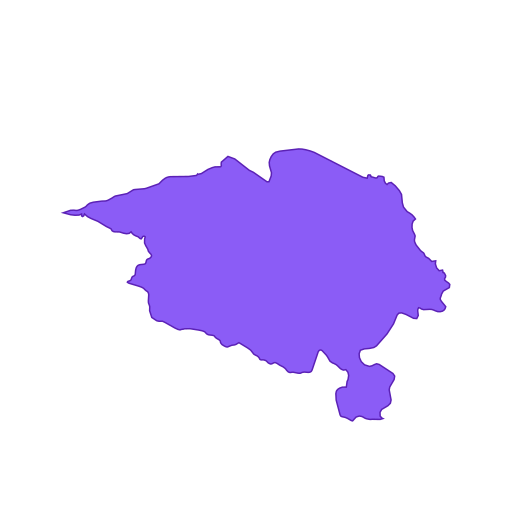 outline of Denguélé, rotated 111°
{"feature_id": "CIV-3437", "entity_name": "Denguélé", "entity_type": "Region", "adm_level": 1, "iso_a3": "CIV", "parent_name": "Ivory Coast", "parent_adm1": "", "projection": "equal_earth", "projection_center": [-7.217, 9.491], "detail": "fine", "context": "isolated", "style": "filled", "palette": "violet", "viewbox_px": 512, "rotation_deg": 111, "n_neighbors": 0, "source": "natural_earth", "source_scale": "10m", "svg_char_len": 5191}
<svg xmlns="http://www.w3.org/2000/svg" viewBox="0 0 512 512"><g transform="rotate(111 256 256)"><path d="M140.7,180.4L140.0,180.1L139.4,178.3L139.9,177.6L140.6,177.3L140.8,176.8L140.6,175.7L140.3,172.2L139.7,171.1L138.9,170.8L138.0,170.7L137.5,170.3L137.0,168.7L136.5,166.6L136.6,164.8L139.9,163.2L141.7,161.2L142.3,159.3L140.4,158.4L138.9,156.1L140.6,151.1L143.6,145.6L146.4,142.2L154.0,138.4L157.5,135.8L160.4,130.8L160.9,127.9L161.6,125.2L162.8,122.7L164.3,120.4L167.1,121.8L170.2,121.7L173.4,120.6L176.1,118.9L178.9,115.8L180.3,114.6L184.1,113.9L185.6,113.2L186.9,112.0L188.4,110.4L192.0,104.3L192.5,102.8L193.1,100.6L194.0,99.5L195.2,98.5L196.0,96.9L196.3,94.0L198.1,90.0L196.1,86.5L199.1,85.7L202.4,83.1L204.1,79.7L202.3,76.8L203.7,75.8L204.4,75.5L204.4,74.1L206.4,71.9L207.8,71.5L209.5,71.8L210.9,71.2L211.6,69.1L212.2,66.6L213.1,64.9L216.2,64.2L221.6,68.6L225.1,69.1L226.6,68.9L229.3,68.9L230.6,68.3L231.8,66.8L235.3,60.7L237.5,60.6L239.2,61.1L240.7,62.2L242.0,64.1L242.8,66.4L242.9,68.8L242.8,70.9L242.9,72.7L243.5,74.7L246.0,80.3L246.2,82.5L245.8,84.4L246.0,85.7L248.0,85.8L249.4,85.3L253.4,83.2L256.8,83.5L257.7,86.6L256.8,94.9L256.9,99.7L258.2,102.2L260.6,103.1L270.1,103.3L281.9,105.8L296.7,111.3L299.2,113.2L301.7,117.1L303.9,121.6L306.6,124.8L310.3,124.7L313.8,123.0L316.9,119.9L318.7,115.7L318.4,110.5L316.9,108.3L315.0,106.6L313.4,104.8L313.1,102.1L316.6,86.1L318.4,83.5L321.8,82.8L330.3,84.2L333.2,83.7L342.0,78.3L345.3,77.8L348.5,79.2L354.2,83.7L357.5,84.2L361.0,82.7L362.2,80.3L362.3,79.3L364.1,81.6L366.7,88.8L367.7,90.9L368.3,94.2L368.4,95.8L368.0,98.4L367.9,99.6L368.1,100.9L368.4,102.2L369.7,103.9L370.6,104.9L375.3,106.7L375.5,108.0L374.8,112.4L374.7,114.9L375.2,118.3L375.1,119.4L374.6,120.1L374.0,120.7L361.8,129.5L355.9,132.1L354.2,132.4L353.3,132.5L352.1,132.2L350.9,131.7L349.3,130.5L347.5,128.4L346.0,124.7L340.4,126.0L338.4,125.8L334.3,126.7L331.6,128.5L329.9,131.4L331.1,133.3L331.2,134.3L331.1,135.9L330.6,137.5L329.4,140.2L328.7,142.1L328.4,144.7L328.4,146.3L328.0,148.0L327.7,149.2L324.5,153.1L323.3,154.9L320.7,160.2L320.5,161.1L320.6,162.1L321.3,163.0L322.2,163.4L323.2,163.6L342.2,162.8L343.1,162.9L344.0,163.1L344.7,163.6L345.3,164.3L345.9,165.4L347.0,169.2L347.7,170.5L348.3,171.4L348.9,171.9L349.5,172.5L349.9,173.5L350.3,174.7L351.2,179.8L351.6,180.7L352.5,182.2L352.7,183.3L352.6,184.5L351.7,186.5L351.0,187.5L350.4,188.8L349.8,190.9L349.4,194.8L348.7,197.9L348.6,199.8L349.2,201.0L350.6,202.2L351.2,202.9L351.6,203.7L351.6,204.9L351.4,206.3L350.6,208.0L350.1,209.4L350.2,211.3L350.5,212.5L351.0,213.5L351.2,214.3L351.1,215.3L350.1,216.4L349.4,217.5L348.9,218.9L348.7,221.2L348.4,222.9L346.1,226.7L345.7,227.5L344.8,231.0L343.0,240.9L345.7,243.0L346.7,244.2L348.0,246.6L350.1,248.9L350.9,249.7L351.3,250.3L351.5,251.6L351.4,253.3L350.9,255.9L350.2,257.2L349.5,258.1L348.8,258.5L348.1,259.0L347.7,259.7L347.4,260.8L347.0,263.3L346.7,264.3L346.3,265.2L345.9,265.8L345.5,266.5L345.5,267.3L345.7,268.6L346.3,270.9L346.6,272.4L346.4,274.1L345.1,276.8L345.1,279.3L345.7,283.1L347.5,291.5L349.6,296.7L350.2,297.4L350.6,298.2L351.6,299.8L352.2,300.4L352.5,302.5L352.3,305.8L350.6,317.3L350.4,320.0L351.6,322.9L351.9,324.4L352.0,325.6L350.7,331.3L345.2,335.7L341.5,337.0L340.2,337.9L338.3,339.6L336.5,340.4L330.5,342.3L329.0,343.3L328.1,344.5L327.9,345.8L327.4,347.3L326.5,349.2L326.2,350.7L326.1,352.1L326.2,355.0L326.9,364.2L326.9,365.4L326.6,366.7L326.1,366.7L325.5,366.4L324.4,365.0L323.7,364.4L322.8,364.1L321.1,364.2L319.9,364.1L319.1,363.6L318.5,362.9L317.7,362.4L316.7,362.1L312.4,363.3L310.0,363.6L309.0,363.5L308.2,363.3L307.4,363.0L306.7,362.5L306.1,361.8L305.6,361.1L303.9,357.8L303.4,357.0L302.8,356.6L301.9,356.4L299.3,356.7L298.4,356.5L297.7,356.0L297.2,355.6L296.9,355.1L296.7,354.9L296.3,354.5L295.5,354.0L294.2,353.5L293.2,353.6L292.5,354.1L292.1,354.6L291.8,355.0L291.5,355.8L290.2,358.1L288.3,359.6L285.9,362.6L283.8,364.7L280.0,366.1L278.0,366.2L277.7,366.6L277.6,367.5L278.0,368.3L278.6,368.8L279.8,368.9L281.2,369.4L281.2,370.6L280.3,372.9L280.3,375.6L280.0,377.8L279.3,379.6L278.2,381.3L280.3,382.5L281.6,384.8L282.2,388.0L282.4,391.7L282.7,392.8L284.0,396.3L284.3,397.9L284.0,399.4L282.6,401.1L282.4,402.8L282.1,406.3L280.3,416.0L280.1,423.5L279.6,427.4L278.2,431.2L280.2,431.2L281.3,432.0L281.1,433.1L279.3,433.9L281.2,435.9L282.8,439.6L283.9,443.8L284.7,451.4L279.8,445.5L278.5,442.5L278.0,440.5L277.6,439.4L276.7,438.1L275.3,436.5L271.6,433.1L270.5,432.4L268.9,431.8L267.4,430.9L266.1,429.9L264.1,427.2L260.1,419.8L258.6,416.3L257.9,415.2L256.8,414.0L253.5,411.2L251.8,410.0L250.5,408.9L243.9,398.6L238.4,394.4L237.9,393.9L237.4,393.0L233.2,384.3L232.1,382.7L223.4,372.5L218.7,370.4L215.9,368.6L214.7,367.5L213.6,366.1L212.6,364.3L205.9,347.4L202.1,340.4L200.4,339.9L200.6,339.6L198.7,336.6L192.4,331.9L189.1,328.4L187.5,326.2L185.4,321.0L184.2,320.7L182.6,321.5L180.8,322.0L173.1,317.9L173.0,310.6L178.4,293.0L178.8,288.4L182.8,272.3L182.0,270.5L175.8,270.5L172.7,271.4L167.0,275.7L163.9,277.2L161.1,277.6L157.8,277.4L154.5,276.5L152.0,274.8L149.5,271.2L140.8,254.6L139.7,251.4L139.0,247.8L138.5,243.2L138.4,238.8L138.6,236.9L144.2,184.4L143.5,180.1L140.7,180.4Z" fill="#8b5cf6" stroke="#5b21b6" stroke-width="1.5"/></g></svg>